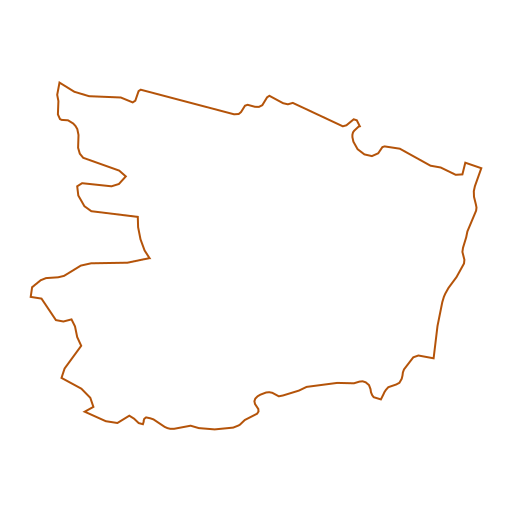 the border of Maine-et-Loire
{"feature_id": "FRA-5321", "entity_name": "Maine-et-Loire", "entity_type": "Metropolitan department", "adm_level": 1, "iso_a3": "FRA", "parent_name": "France", "parent_adm1": "", "projection": "orthographic", "projection_center": [-0.78, 47.399], "detail": "fine", "context": "isolated", "style": "outline", "palette": "amber", "viewbox_px": 512, "rotation_deg": 0, "n_neighbors": 0, "source": "natural_earth", "source_scale": "10m", "svg_char_len": 3088}
<svg xmlns="http://www.w3.org/2000/svg" viewBox="0 0 512 512"><path d="M111.5,186.3L118.9,184.0L125.8,176.4L119.2,170.6L83.2,157.8L79.8,153.7L78.1,147.8L78.5,135.0L77.3,129.1L75.5,126.0L73.2,123.5L68.0,120.3L61.7,119.9L60.0,119.1L57.9,114.4L58.4,101.1L57.2,94.8L59.5,82.6L74.4,91.8L89.1,96.2L120.8,97.5L132.7,102.4L135.3,100.7L138.6,91.1L140.7,89.7L234.1,114.3L238.7,114.0L241.0,112.1L245.0,105.7L247.6,104.8L255.0,106.8L258.9,106.9L262.3,105.2L267.1,97.3L269.4,95.8L283.1,103.2L287.9,104.3L292.8,102.9L342.8,126.3L346.4,125.3L353.7,119.3L356.8,120.3L359.8,126.3L358.6,126.6L354.2,130.7L353.0,132.4L352.4,134.8L352.4,137.1L353.4,141.7L357.6,149.2L364.4,154.4L371.9,156.1L378.2,153.3L382.4,147.1L384.6,146.4L399.8,148.7L430.5,165.7L440.7,167.5L455.7,174.8L462.4,174.4L465.3,162.7L481.3,168.2L474.9,186.2L473.8,191.2L474.0,196.8L475.9,204.5L476.5,207.6L476.1,210.7L467.4,231.4L466.2,237.3L463.0,247.8L462.4,251.9L464.4,259.8L464.0,263.5L456.5,277.1L448.5,287.9L445.3,293.6L443.9,296.8L442.3,302.1L437.5,326.0L433.6,358.3L418.4,355.5L413.3,357.3L404.0,369.4L402.9,372.4L402.5,375.5L401.7,378.8L399.4,382.8L396.2,384.5L388.3,387.2L385.9,389.9L384.4,392.2L383.5,394.2L380.9,399.4L373.7,397.2L372.2,395.2L371.0,392.3L370.5,389.1L369.0,385.1L365.7,382.3L362.6,381.3L359.5,381.6L353.9,383.3L337.2,382.9L306.6,386.9L298.9,390.6L282.9,395.5L278.8,396.3L272.3,392.8L269.2,392.2L266.1,392.5L260.3,394.7L257.6,396.3L255.3,398.6L254.4,401.2L255.0,404.0L258.3,409.0L258.5,411.5L257.1,413.7L244.8,420.0L239.9,424.7L238.5,425.5L233.2,427.6L214.7,429.4L198.8,428.1L190.6,425.7L174.1,428.8L170.2,428.8L167.4,428.1L164.7,426.9L153.5,419.4L150.3,418.3L146.1,417.4L144.3,418.8L143.7,420.6L143.7,421.6L142.9,424.2L138.7,423.1L134.1,418.7L129.3,415.7L117.4,423.0L105.8,421.2L84.7,411.7L93.4,406.9L90.3,397.8L81.4,388.7L61.5,377.9L64.6,368.5L81.2,345.8L77.2,337.1L75.0,326.4L71.5,319.4L63.4,321.5L55.9,320.1L41.5,298.6L30.7,296.9L32.1,287.3L32.1,287.2L32.3,287.1L32.6,286.9L32.8,286.6L33.0,286.5L33.2,286.4L33.4,286.2L33.6,286.1L33.8,285.9L34.0,285.7L34.4,285.3L34.7,285.1L34.9,284.9L35.2,284.7L35.4,284.5L35.7,284.3L35.9,284.1L36.2,283.9L36.5,283.7L37.0,283.3L37.3,283.0L37.5,282.8L37.8,282.6L38.0,282.4L38.3,282.2L38.5,282.0L38.7,281.8L39.0,281.7L39.4,281.3L39.6,281.1L39.8,281.0L39.9,280.9L40.1,280.7L40.4,280.5L40.5,280.4L40.7,280.2L40.8,280.2L46.0,278.1L58.1,277.3L64.0,275.9L80.8,265.6L91.1,263.3L127.6,262.7L127.8,262.6L128.0,262.6L128.5,262.5L128.8,262.4L129.1,262.4L129.5,262.3L129.9,262.2L130.3,262.1L130.8,262.0L131.3,261.9L131.8,261.8L132.4,261.7L132.9,261.6L133.5,261.4L134.1,261.3L134.7,261.2L135.4,261.1L136.0,260.9L136.6,260.8L137.3,260.7L138.0,260.5L138.6,260.4L139.3,260.2L139.9,260.1L140.6,260.0L141.2,259.8L141.9,259.7L142.5,259.6L143.1,259.4L143.7,259.3L144.3,259.2L144.9,259.1L145.4,259.0L145.9,258.9L146.4,258.8L146.9,258.7L147.3,258.6L147.8,258.5L148.1,258.4L148.5,258.3L148.8,258.3L149.0,258.2L149.4,258.1L149.5,258.1L144.6,250.5L140.5,239.3L138.1,227.2L137.8,216.9L91.3,211.2L84.4,206.2L78.3,195.5L77.2,186.3L82.1,183.2L111.5,186.3Z" fill="none" stroke="#b45309" stroke-width="2"/></svg>